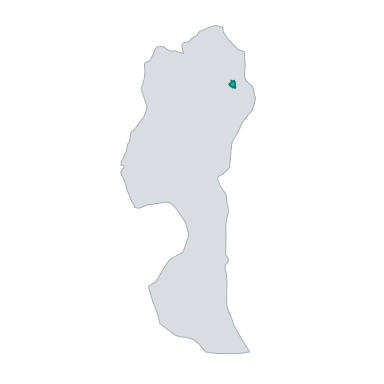 Ambeļu pag., Daugavpils, Latvia (highlighted), rotated 266°
{"feature_id": "27541924B25126117723417", "entity_name": "Ambeļu pag.", "entity_type": "district", "adm_level": 2, "iso_a3": "LVA", "parent_name": "Latvia", "parent_adm1": "Daugavpils", "projection": "robinson", "projection_center": [26.898, 56.048], "detail": "fine", "context": "in_parent", "style": "filled", "palette": "teal", "viewbox_px": 384, "rotation_deg": 266, "n_neighbors": 0, "source": "geoboundaries", "source_scale": "gbopen_adm2", "svg_char_len": 3514}
<svg xmlns="http://www.w3.org/2000/svg" viewBox="0 0 384 384"><g transform="rotate(266 192 192)"><path d="M282.8,261.9L280.5,261.7L273.9,259.8L268.4,257.1L265.2,253.5L259.5,248.6L255.8,246.0L249.9,242.9L240.2,236.4L236.7,234.9L219.3,232.1L213.1,230.8L207.4,223.5L205.6,219.3L202.8,218.5L199.7,219.4L196.3,220.3L188.4,225.2L185.9,225.9L181.0,226.0L169.7,227.1L164.6,225.3L155.7,223.3L150.8,223.0L146.5,223.0L127.5,221.1L124.0,223.2L120.4,223.6L117.1,220.3L112.9,219.4L108.2,220.5L99.7,220.6L89.6,219.6L76.8,218.8L74.8,219.1L60.4,223.5L56.9,224.2L41.1,231.6L28.5,238.4L27.5,227.4L29.2,205.4L31.4,194.4L40.2,188.1L44.6,183.1L47.3,176.5L48.3,170.4L50.2,165.3L62.9,150.8L72.6,149.2L85.9,145.2L100.6,141.9L103.3,146.1L104.6,149.4L121.9,161.3L126.3,165.2L132.7,178.9L149.0,185.8L161.9,183.6L167.6,180.3L178.0,174.1L182.7,169.5L183.7,165.2L182.2,146.5L179.5,138.4L180.6,133.3L182.4,133.6L186.8,131.1L201.1,126.6L204.0,126.4L207.3,125.5L216.3,122.1L219.2,123.9L221.6,126.0L222.9,126.0L223.5,125.2L223.4,123.9L224.0,122.9L226.6,123.5L237.0,129.1L241.0,130.4L243.7,130.8L247.0,133.4L255.9,135.2L256.9,136.6L257.6,138.3L265.9,145.4L269.7,149.0L277.1,152.4L280.3,153.1L293.3,149.8L296.9,148.6L299.9,148.6L302.9,150.4L309.9,152.7L316.2,153.5L317.3,153.3L322.7,153.5L324.5,154.5L325.8,159.0L331.9,162.7L337.6,165.6L339.0,167.0L339.5,169.7L339.1,172.8L338.4,174.4L336.1,176.3L334.0,181.0L333.8,185.4L330.6,193.2L331.3,193.3L338.1,191.9L340.1,192.7L341.6,194.4L342.1,199.3L344.4,201.4L346.7,204.9L347.4,207.5L351.8,210.7L352.2,212.7L354.9,219.9L356.0,224.1L356.5,227.3L355.2,231.4L354.1,234.2L352.7,234.0L348.8,234.8L342.6,238.1L333.3,245.9L331.0,247.7L328.6,253.7L328.0,254.3L322.6,254.0L321.1,253.9L315.7,254.0L303.9,252.4L299.3,253.5L293.3,259.5L291.0,260.4L284.0,261.2L282.8,261.9Z" fill="#d9dde1" stroke="#a8b0b8" stroke-width="1"/><path d="M300.3,238.9L300.2,238.9L299.6,238.9L299.4,239.0L299.1,239.0L298.9,239.2L298.3,239.1L298.4,238.8L298.4,238.7L298.0,238.5L297.8,238.3L297.8,238.2L297.5,238.0L297.5,237.9L297.5,237.6L297.2,237.5L297.2,237.4L297.2,237.1L297.3,237.0L297.1,237.0L297.0,236.9L296.8,236.8L296.7,236.7L296.5,236.9L296.2,237.1L296.1,237.3L296.0,237.5L295.9,237.5L295.9,237.4L295.8,237.5L295.7,237.5L295.5,237.4L295.4,237.6L295.3,237.8L295.3,237.7L295.1,237.9L295.1,238.0L294.9,238.2L294.8,238.3L294.7,238.3L294.4,238.4L294.3,238.5L294.3,238.8L294.5,238.8L294.6,239.0L294.4,239.3L294.2,239.4L293.9,239.4L293.9,239.5L293.8,239.8L293.7,239.8L293.4,239.8L293.4,240.0L293.2,240.1L293.3,240.3L293.5,240.3L293.7,240.5L293.7,240.8L293.8,240.9L293.9,241.0L293.6,241.1L293.3,241.1L293.2,241.2L293.1,241.4L293.0,241.5L292.9,241.8L292.8,242.0L292.6,242.3L292.9,242.5L293.1,242.6L293.3,242.7L293.6,242.7L293.8,242.7L294.0,242.6L294.3,242.6L294.7,242.5L294.9,242.3L295.0,242.2L295.3,242.0L295.5,242.2L295.6,242.3L295.8,242.4L295.9,242.5L296.0,242.6L296.2,242.8L296.6,242.7L296.8,242.6L297.1,242.5L297.3,242.4L297.5,242.4L297.5,242.5L297.9,242.5L298.0,242.6L298.3,242.6L298.3,242.4L298.5,242.3L298.5,242.2L298.9,242.2L298.9,242.3L299.0,242.3L299.3,242.2L299.5,242.0L299.8,242.1L300.1,241.9L299.9,241.7L299.9,241.4L299.9,241.2L299.7,240.9L299.7,241.0L299.6,240.9L299.4,240.8L299.4,240.7L299.2,240.6L299.1,240.4L299.1,240.5L299.1,240.4L299.1,240.2L299.1,239.9L299.3,239.9L299.2,239.9L299.3,239.9L299.5,239.9L299.6,240.0L299.6,239.9L299.4,239.8L299.4,239.6L299.7,239.7L299.8,239.6L300.1,239.6L300.1,239.4L299.9,239.5L299.9,239.4L300.0,239.4L300.1,239.2L300.3,238.9Z" fill="#14b8a6" stroke="#0f766e" stroke-width="1.5"/></g></svg>